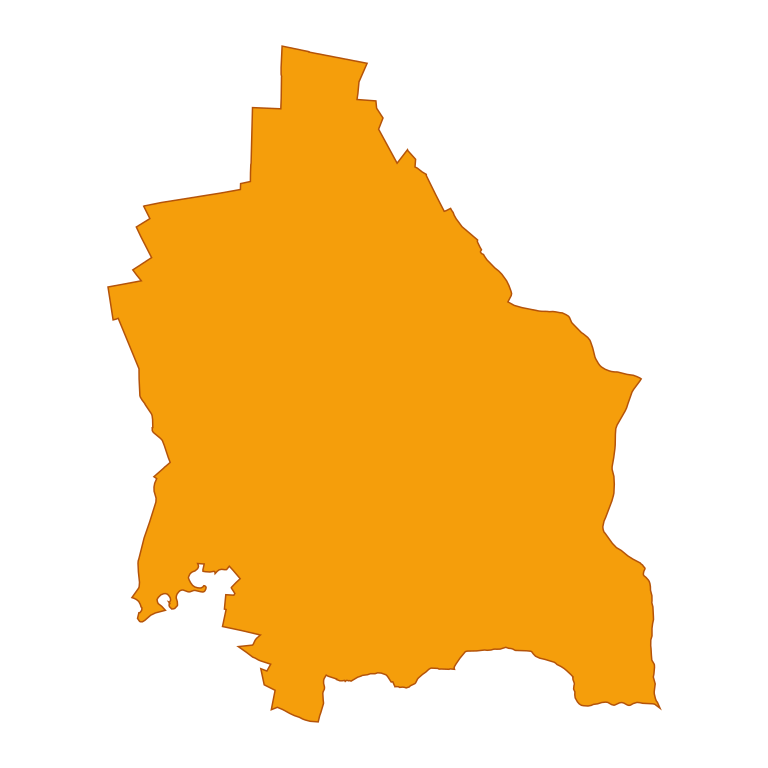 Ozun, Covasna, Romania (orthographic projection)
{"feature_id": "2599482B7707207795869", "entity_name": "Ozun", "entity_type": "district", "adm_level": 2, "iso_a3": "ROU", "parent_name": "Romania", "parent_adm1": "Covasna", "projection": "orthographic", "projection_center": [25.876, 45.801], "detail": "fine", "context": "isolated", "style": "filled", "palette": "amber", "viewbox_px": 768, "rotation_deg": 0, "n_neighbors": 0, "source": "geoboundaries", "source_scale": "gbopen_adm2", "svg_char_len": 6120}
<svg xmlns="http://www.w3.org/2000/svg" viewBox="0 0 768 768"><path d="M660.0,708.2L657.4,702.3L656.3,700.9L655.4,698.5L654.3,693.9L654.2,691.9L654.4,690.1L655.2,683.9L653.3,677.0L653.9,674.0L654.5,667.4L654.4,664.9L654.2,664.2L651.8,660.1L651.4,655.3L651.0,648.4L650.7,645.7L650.8,639.9L652.0,635.9L652.0,628.3L652.6,623.7L653.5,619.5L653.4,616.5L652.9,606.9L651.8,602.7L652.0,600.7L651.9,595.7L650.5,590.3L650.4,586.6L649.9,583.5L649.2,581.4L648.4,580.1L646.0,577.4L644.1,575.9L643.4,574.8L643.4,573.4L643.8,571.4L645.0,568.8L644.9,568.2L644.6,567.6L643.7,566.7L642.5,565.0L641.0,563.9L640.3,563.0L632.7,559.0L627.7,555.8L621.3,550.5L616.4,547.6L612.3,543.3L605.2,533.4L603.9,531.9L603.1,529.3L602.8,526.8L604.0,521.2L605.7,517.3L611.9,500.9L613.4,495.5L613.9,493.1L614.3,484.2L613.9,476.4L612.1,469.3L612.1,466.8L613.7,457.8L614.9,448.7L615.2,445.0L615.4,434.2L615.8,428.6L617.1,425.0L625.2,410.9L626.6,407.9L627.9,403.8L632.0,392.1L633.6,389.4L639.8,381.1L641.2,378.9L639.9,378.0L636.9,376.6L633.4,375.3L627.1,374.4L617.6,372.0L614.4,371.9L611.5,371.5L609.0,370.8L605.2,369.3L601.5,367.0L599.9,365.5L598.4,363.5L595.9,359.2L595.0,357.2L592.7,347.9L590.6,341.8L589.9,340.2L587.7,337.4L583.1,333.7L581.4,332.6L573.0,324.0L571.7,322.6L569.5,317.5L568.5,316.2L566.1,314.7L562.3,312.9L560.0,312.7L555.9,311.9L552.9,311.5L549.4,311.7L547.0,311.4L541.4,311.3L538.9,311.0L521.9,307.6L514.2,305.4L507.9,301.9L511.2,295.6L511.6,293.6L511.0,291.2L508.9,285.5L506.6,280.8L501.9,274.3L498.7,271.0L494.8,267.9L486.9,259.8L484.5,256.3L483.5,254.5L481.8,253.7L481.1,253.0L480.5,252.2L480.5,251.4L481.5,249.8L479.9,247.0L477.7,242.5L477.3,241.4L477.6,240.0L462.0,226.7L456.1,218.7L454.2,215.3L453.1,212.4L451.6,210.3L450.6,208.4L446.1,210.7L444.2,211.3L435.8,194.9L426.3,175.6L426.3,174.4L422.1,171.9L417.3,168.1L415.0,167.0L415.6,159.3L407.8,150.6L407.5,149.7L397.1,163.2L378.6,129.2L383.0,118.0L376.6,108.2L375.9,100.9L357.0,99.5L357.9,93.4L359.0,81.8L367.1,63.3L309.0,52.1L309.0,51.7L282.1,46.1L281.1,67.6L281.1,74.3L281.6,76.5L281.5,77.3L281.2,98.6L280.8,108.8L252.5,107.6L251.1,163.2L250.8,164.7L250.5,172.7L250.4,181.5L240.6,183.6L240.4,189.5L219.8,193.2L161.4,202.5L144.4,205.9L143.7,206.2L149.9,218.6L136.3,227.0L140.7,236.3L151.6,257.6L132.8,269.9L136.6,275.0L141.3,280.8L108.0,287.0L113.1,319.9L116.2,319.1L118.2,318.3L118.3,318.5L139.0,368.8L139.1,378.9L139.9,395.7L140.4,397.2L142.0,399.9L145.0,403.9L145.0,404.3L151.4,413.8L152.1,415.6L152.6,419.5L152.8,427.6L152.2,427.7L152.3,430.7L153.4,432.5L160.5,438.4L162.3,440.4L164.3,445.5L168.3,457.6L170.2,462.4L165.8,466.2L164.5,467.2L163.7,468.1L153.9,476.7L156.7,478.6L154.7,483.3L154.0,487.1L154.1,491.2L156.1,498.2L155.9,502.1L149.6,522.1L144.1,538.0L139.0,558.3L138.2,560.9L138.0,563.3L138.4,571.9L139.5,582.3L139.2,586.4L138.9,587.6L138.1,588.9L131.9,597.6L134.0,598.3L136.4,599.5L138.7,601.4L140.3,604.4L141.1,607.0L141.8,607.6L141.9,609.0L141.6,610.4L140.0,612.6L138.9,612.7L137.5,618.4L139.6,621.4L140.6,621.8L142.4,621.8L144.9,620.3L150.7,615.2L155.5,612.9L165.4,610.3L161.7,606.3L158.2,603.6L157.5,602.0L157.0,599.6L158.2,597.5L160.8,594.9L163.7,593.7L165.7,593.6L167.4,594.2L168.8,595.6L170.2,597.7L170.6,599.8L170.6,600.2L169.7,602.0L169.2,602.1L168.7,601.9L169.8,603.6L169.2,603.8L169.1,605.5L169.5,606.7L171.7,609.0L173.7,608.8L174.8,608.4L177.4,605.6L177.5,604.8L177.3,601.6L176.2,598.0L176.4,595.9L177.1,594.0L178.7,591.9L180.0,590.7L181.6,590.1L183.1,590.0L187.7,591.7L189.0,591.9L190.0,591.8L193.6,590.5L195.0,590.4L200.5,591.7L202.6,592.0L203.7,591.8L204.6,591.2L205.2,590.3L205.8,589.0L206.1,587.6L205.7,586.5L204.7,585.8L203.8,585.7L202.8,587.0L201.1,587.9L199.7,588.0L197.6,587.8L194.7,586.9L192.5,585.3L190.6,582.7L189.2,580.0L188.4,577.9L188.6,576.8L189.9,574.0L191.2,572.7L192.5,571.8L195.0,570.9L197.5,568.8L198.1,567.7L198.5,566.6L198.3,565.1L197.6,563.5L204.2,564.0L202.9,569.8L203.0,571.3L205.4,571.7L210.0,572.0L214.1,571.3L214.9,571.9L215.1,573.6L217.3,571.2L219.2,569.8L221.6,569.3L224.9,569.7L226.6,569.6L229.3,566.2L232.8,570.0L240.2,578.7L236.1,582.5L231.3,587.5L231.4,588.1L234.9,593.5L233.8,595.2L225.8,594.7L224.4,609.1L226.1,609.5L222.5,626.5L241.8,630.6L260.4,635.0L256.8,638.1L255.6,639.5L254.9,640.7L253.2,644.3L252.5,645.1L238.3,646.6L246.8,652.6L252.7,657.1L255.2,658.1L258.3,659.9L260.4,660.8L270.7,664.2L266.9,671.0L260.8,668.7L264.2,684.8L275.1,690.3L271.3,709.7L277.4,707.3L282.8,709.6L289.9,713.5L294.4,715.6L299.4,717.3L302.6,719.0L305.3,720.0L310.2,721.3L318.2,721.9L319.7,715.7L320.8,712.6L323.5,703.5L323.5,702.6L323.2,700.1L322.8,693.4L323.1,691.8L324.4,689.0L324.5,687.1L323.6,683.4L323.6,680.8L323.8,679.6L324.3,678.3L326.2,675.1L328.1,676.2L336.7,679.0L336.5,679.5L339.9,680.8L342.1,680.8L344.6,680.4L345.2,681.4L346.4,680.4L347.9,680.5L348.4,680.8L349.5,680.6L351.1,681.1L357.7,677.2L361.0,676.1L362.3,675.4L367.6,674.7L370.4,673.7L375.1,673.7L377.6,672.8L381.3,673.1L385.7,674.7L386.6,675.3L387.8,676.8L391.2,682.0L392.8,681.8L395.0,686.8L395.5,686.6L398.4,686.7L399.6,687.4L402.4,687.1L404.3,687.3L406.2,687.9L409.3,686.9L410.3,685.8L414.9,683.6L415.7,682.7L417.6,678.9L418.5,677.9L422.5,674.4L425.9,672.0L428.7,669.4L430.1,668.5L431.2,668.1L437.8,668.4L439.1,669.1L441.1,669.0L449.0,669.3L450.1,668.9L454.5,669.3L454.1,668.0L454.5,666.5L456.1,663.8L460.0,658.1L465.4,651.6L467.3,651.1L476.6,650.9L484.6,650.0L487.2,650.3L491.0,650.0L493.7,649.2L495.2,649.1L496.7,649.2L500.1,649.1L505.8,647.3L508.7,648.3L510.8,648.5L512.5,648.9L515.3,650.4L526.8,650.8L530.6,651.2L531.6,651.6L533.4,654.0L535.5,656.2L539.8,658.2L545.0,659.4L554.2,662.2L555.7,663.2L557.0,664.5L561.0,666.5L564.1,668.5L566.5,670.5L570.8,674.5L573.1,677.0L572.8,677.4L573.0,679.6L574.3,683.1L574.3,684.6L574.0,685.4L573.6,689.0L574.9,691.9L574.8,694.8L575.2,697.9L577.4,701.8L579.1,703.8L581.4,705.3L583.5,705.7L588.0,706.0L591.2,705.4L593.4,704.4L597.7,703.8L601.8,702.5L605.7,702.1L607.8,702.4L611.6,704.6L614.0,705.2L614.8,705.0L619.6,702.8L621.8,702.5L623.7,703.0L627.4,705.0L629.0,705.4L630.5,705.1L633.1,703.6L637.0,702.4L640.0,702.7L642.7,703.3L652.9,703.8L654.7,704.2L660.0,708.2Z" fill="#f59e0b" stroke="#b45309" stroke-width="1.5"/></svg>